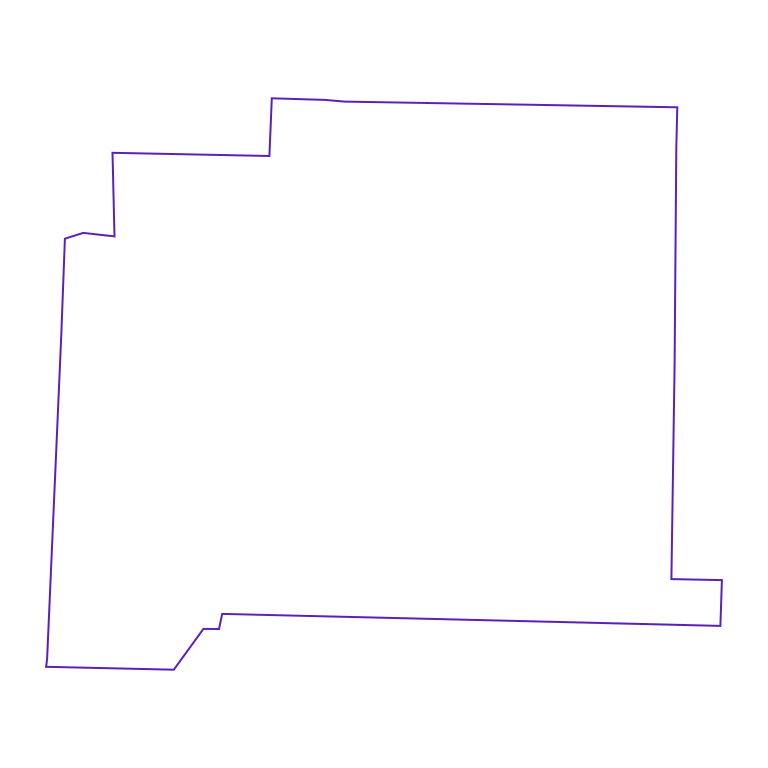 Carroll, Tennessee, United States of America (Albers equal-area conic projection)
{"feature_id": "52423323B38043667480018", "entity_name": "Carroll", "entity_type": "district", "adm_level": 2, "iso_a3": "USA", "parent_name": "United States of America", "parent_adm1": "Tennessee", "projection": "albers", "projection_center": [-88.503, 35.971], "detail": "fine", "context": "isolated", "style": "outline", "palette": "violet", "viewbox_px": 768, "rotation_deg": 0, "n_neighbors": 0, "source": "geoboundaries", "source_scale": "gbopen_adm2", "svg_char_len": 383}
<svg xmlns="http://www.w3.org/2000/svg" viewBox="0 0 768 768"><path d="M46.1,666.8L173.8,669.7L203.4,628.9L219.0,629.0L222.2,613.9L720.4,625.9L721.9,580.1L671.4,579.1L674.6,364.5L676.3,147.7L677.3,107.3L344.4,101.6L324.8,99.9L271.8,98.3L269.4,156.0L112.5,152.8L114.5,236.4L83.2,232.9L64.9,238.7L61.3,334.8L47.1,659.0L46.1,666.8Z" fill="none" stroke="#5b21b6" stroke-width="2"/></svg>